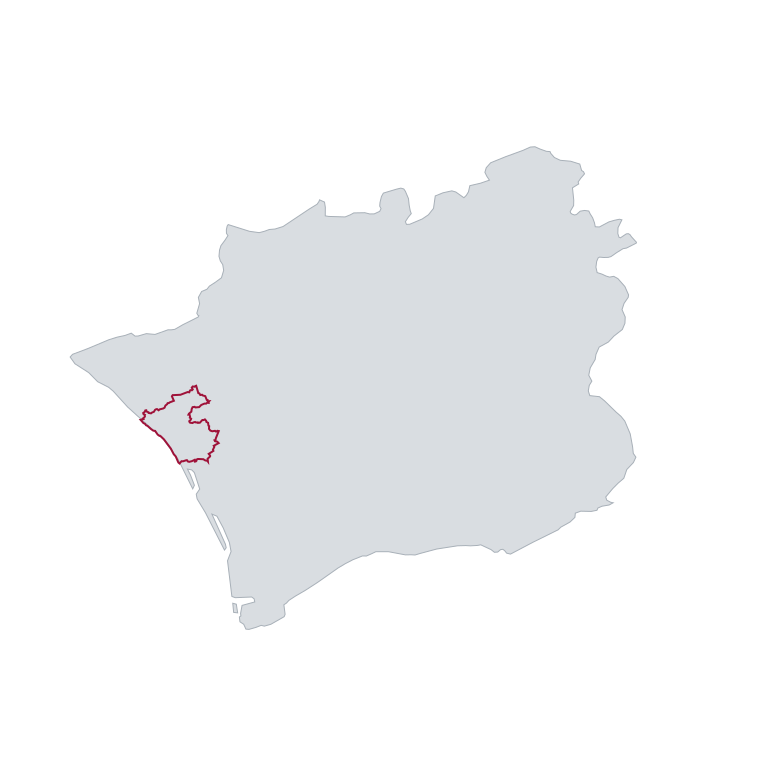 Gbokle, Bas-Sassandra, Ivory Coast shown in context, rotated 70°
{"feature_id": "98640826B37905317988050", "entity_name": "Gbokle", "entity_type": "district", "adm_level": 2, "iso_a3": "CIV", "parent_name": "Ivory Coast", "parent_adm1": "Bas-Sassandra", "projection": "equal_earth", "projection_center": [-6.009, 5.243], "detail": "medium", "context": "in_parent", "style": "outline", "palette": "rose", "viewbox_px": 768, "rotation_deg": 70, "n_neighbors": 0, "source": "geoboundaries", "source_scale": "gbopen_adm2", "svg_char_len": 5542}
<svg xmlns="http://www.w3.org/2000/svg" viewBox="0 0 768 768"><g transform="rotate(70 384 384)"><path d="M222.4,148.5L224.4,148.4L229.5,146.4L234.1,141.8L238.5,132.4L244.3,124.8L250.9,125.3L252.8,123.9L255.1,123.7L257.9,128.7L260.6,132.5L262.6,132.6L264.1,139.8L276.1,142.8L281.2,144.8L285.5,150.0L287.0,150.2L288.8,149.1L290.3,147.2L290.6,145.2L288.7,140.5L289.5,136.2L291.5,132.4L294.6,132.1L299.2,131.1L304.5,131.1L308.5,131.7L310.1,127.9L308.6,117.2L309.0,111.3L309.7,106.4L311.1,104.3L317.1,110.6L322.5,112.8L326.4,113.0L327.5,111.8L325.8,105.0L326.3,103.0L327.7,101.8L330.3,101.1L337.2,98.3L337.9,98.8L339.2,109.6L338.6,113.1L340.1,120.4L341.9,127.2L341.7,130.0L340.3,134.2L338.5,138.0L338.7,139.6L341.5,142.2L346.7,144.9L352.2,145.6L355.3,141.6L358.5,138.4L360.7,135.5L361.4,131.3L364.9,128.2L374.8,124.3L383.9,123.7L386.1,124.9L390.3,130.8L395.5,134.9L403.5,134.4L409.3,136.8L414.3,141.4L417.6,151.5L421.3,158.8L422.9,169.2L428.7,174.7L433.2,177.2L439.4,184.7L445.8,188.6L452.4,187.7L455.5,191.6L460.4,194.4L465.3,194.6L469.6,185.9L475.3,182.5L489.8,175.5L495.4,172.4L501.2,170.4L515.1,169.7L528.1,171.9L534.5,173.5L538.9,172.3L543.1,176.5L547.4,185.1L550.9,187.9L554.6,190.9L557.2,197.8L560.4,204.6L562.1,207.6L566.0,214.3L569.4,214.4L572.6,211.5L574.0,209.3L574.7,213.8L573.4,221.0L573.7,225.4L575.5,227.1L574.6,232.9L570.8,242.6L570.8,248.4L574.6,250.2L577.3,256.3L579.0,266.8L580.6,270.3L580.8,272.4L583.6,297.8L587.1,323.3L584.9,326.6L581.9,327.6L580.0,328.8L579.5,331.1L580.8,334.6L579.9,337.8L576.3,340.0L568.2,348.1L567.7,351.3L565.6,358.2L563.8,362.4L561.2,370.2L557.1,390.9L555.6,408.0L555.3,413.3L553.7,417.0L551.9,422.3L543.2,437.0L538.8,449.0L539.3,454.2L539.6,459.4L538.2,463.2L538.5,473.4L539.6,481.9L541.2,490.2L547.6,513.8L550.9,528.1L553.0,539.7L554.8,547.4L556.5,550.6L557.2,553.6L566.6,555.7L568.5,557.4L571.1,572.5L570.6,579.3L568.8,581.9L568.9,587.6L568.4,594.8L567.1,597.6L561.8,598.0L558.2,600.7L553.5,599.6L553.0,597.8L550.5,597.2L543.5,593.1L544.6,580.0L541.4,579.5L538.9,581.2L533.9,596.9L531.6,599.6L496.6,591.5L489.1,585.0L480.0,583.5L464.2,584.3L451.1,586.2L447.4,590.2L480.3,587.8L483.9,588.3L485.5,590.7L443.9,595.8L428.0,598.9L423.3,598.1L419.7,593.1L402.4,592.5L398.9,594.1L396.7,597.8L403.5,597.0L414.3,596.8L417.1,599.6L383.6,603.3L360.3,610.4L350.4,615.6L317.9,632.8L298.1,640.9L292.9,643.9L283.9,652.3L272.3,657.6L259.3,667.5L251.3,669.7L249.6,666.5L249.4,649.8L248.3,627.4L248.7,618.8L249.8,610.8L249.8,604.1L253.8,601.6L254.8,598.8L255.4,590.1L259.1,582.2L259.2,568.4L260.3,565.5L261.1,561.9L259.5,552.8L257.5,535.7L256.5,534.6L255.6,535.4L253.5,535.7L245.4,529.8L239.1,528.8L234.7,523.7L234.4,518.0L232.3,514.6L230.8,508.0L228.6,500.4L222.4,495.8L216.6,494.7L212.4,495.7L207.6,495.4L202.0,492.8L198.2,489.9L194.6,484.4L191.2,479.9L188.5,480.5L185.2,479.4L182.0,477.4L180.9,475.9L194.5,458.2L199.1,449.5L199.6,444.2L199.6,438.9L201.1,433.4L201.5,425.0L194.1,394.7L192.2,385.4L190.2,382.6L188.9,381.6L192.7,377.7L197.9,378.7L205.9,381.7L207.6,378.7L213.7,363.4L213.5,357.8L212.9,353.9L216.5,343.4L219.3,339.3L220.8,335.0L220.3,329.0L218.2,326.8L215.4,327.2L212.1,325.7L207.0,322.3L204.4,319.3L205.2,305.4L205.7,301.2L207.5,298.7L210.3,298.0L218.2,297.6L224.6,299.2L230.2,300.1L233.2,300.1L235.6,304.2L238.8,308.4L241.7,308.3L242.7,305.2L242.0,291.6L240.2,284.4L235.9,277.4L224.8,271.5L224.5,263.2L225.7,254.2L228.1,250.9L236.3,245.2L234.9,242.1L232.3,238.9L227.0,235.5L228.3,224.8L228.5,215.2L224.1,216.3L219.6,216.8L215.7,213.9L212.6,208.1L212.0,192.0L212.0,173.5L211.4,165.4L212.7,161.0L216.6,157.0L220.9,151.8L222.4,148.5ZM549.0,599.8L547.2,603.4L538.3,601.1L540.4,598.1L549.0,599.8Z" fill="#d9dde1" stroke="#a8b0b8" stroke-width="1"/><path d="M356.0,564.4L356.2,565.8L355.7,567.0L357.4,570.3L356.9,572.1L356.4,572.1L355.9,573.8L355.1,574.5L354.9,576.4L355.2,577.2L354.1,579.4L352.9,579.8L352.3,579.7L351.5,577.8L350.7,577.1L349.2,578.0L348.4,577.4L346.3,577.2L345.9,578.2L345.2,577.5L344.1,574.5L341.8,573.3L340.3,571.8L340.7,569.7L341.5,569.3L342.5,565.6L341.2,562.9L341.0,559.4L341.6,557.9L341.1,556.5L341.8,555.2L340.9,554.9L340.4,554.1L340.2,554.9L339.3,555.6L338.7,555.3L338.3,556.0L334.3,556.1L332.7,558.3L331.9,558.6L331.5,560.4L329.7,560.7L329.1,561.6L321.4,561.1L321.4,562.0L321.8,562.8L320.9,564.6L321.7,565.9L323.7,565.6L324.2,566.6L323.6,568.0L323.8,568.6L325.2,569.8L324.4,571.3L324.5,579.0L322.2,586.4L323.0,587.5L327.9,587.2L328.0,591.6L328.3,592.7L328.0,593.9L328.8,594.7L329.5,596.8L331.2,598.3L331.5,599.9L331.1,603.5L331.6,604.8L329.9,605.9L329.8,607.1L330.0,608.0L331.4,609.7L331.5,611.9L331.9,613.0L330.7,615.1L330.0,615.0L328.6,616.6L327.4,616.4L327.2,617.3L328.4,618.5L328.9,620.2L329.9,620.3L331.2,619.2L331.6,619.7L332.6,619.7L333.4,620.6L333.9,622.3L334.7,622.1L334.4,625.0L338.5,623.4L339.5,622.3L341.4,621.7L342.4,620.6L346.4,618.5L348.9,616.8L349.8,615.1L354.1,614.0L355.9,612.8L355.9,612.3L356.7,611.7L360.8,609.7L371.8,606.4L378.1,605.6L380.8,604.5L387.4,604.1L388.8,603.3L387.3,600.7L387.9,599.3L388.0,595.8L388.3,595.1L389.6,594.9L390.5,593.7L390.8,590.9L390.5,588.0L392.2,588.3L392.4,587.4L392.0,586.5L390.9,586.0L390.8,584.5L392.9,579.5L394.7,578.1L395.7,576.3L396.7,576.0L393.9,575.3L392.6,572.2L391.8,571.9L389.7,572.6L388.5,567.2L387.2,567.2L385.0,564.9L383.8,565.1L383.0,559.6L381.2,560.4L379.9,562.4L378.9,562.5L379.0,561.5L377.5,560.6L371.7,555.4L371.0,556.5L371.3,558.1L370.2,558.8L369.7,561.5L368.4,563.1L366.3,563.8L363.8,562.7L363.0,563.2L360.3,562.6L358.8,563.9L357.7,563.7L356.0,564.4Z" fill="none" stroke="#9f1239" stroke-width="2"/></g></svg>